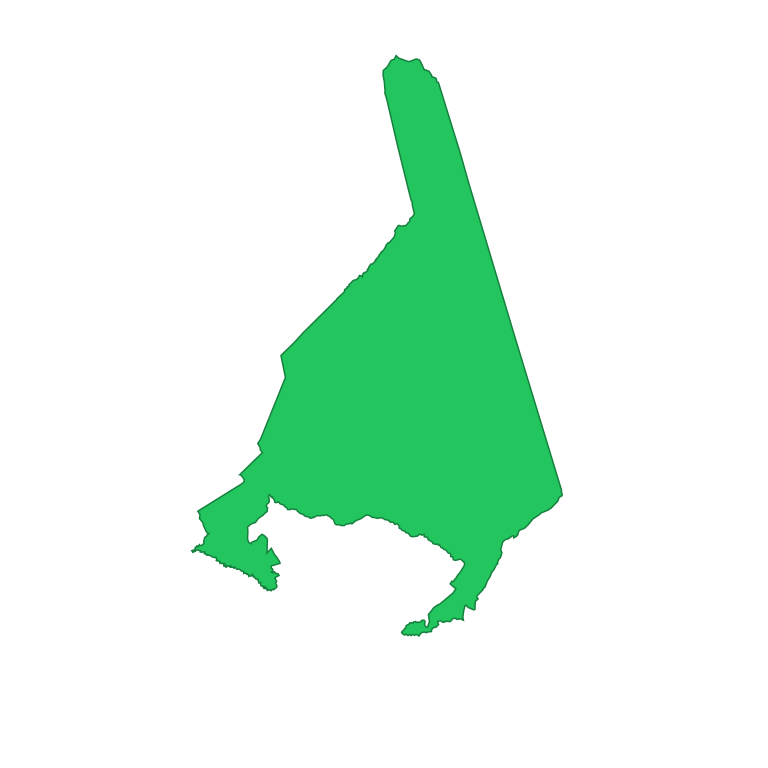 Maicao, La Guajira, Colombia, rotated 315°
{"feature_id": "7082276B98586800286799", "entity_name": "Maicao", "entity_type": "district", "adm_level": 2, "iso_a3": "COL", "parent_name": "Colombia", "parent_adm1": "La Guajira", "projection": "albers", "projection_center": [-72.426, 11.405], "detail": "fine", "context": "isolated", "style": "filled", "palette": "green", "viewbox_px": 768, "rotation_deg": 315, "n_neighbors": 0, "source": "geoboundaries", "source_scale": "gbopen_adm2", "svg_char_len": 6171}
<svg xmlns="http://www.w3.org/2000/svg" viewBox="0 0 768 768"><g transform="rotate(315 384 384)"><path d="M273.1,607.2L275.1,604.4L280.6,600.3L284.6,598.1L285.6,598.4L285.5,601.5L287.8,607.3L288.9,607.7L294.1,602.9L295.4,602.2L297.8,602.6L298.7,602.4L298.7,600.6L300.0,599.6L307.6,599.5L310.7,598.7L311.6,599.1L317.7,596.4L322.7,595.2L327.0,593.4L330.8,592.9L335.2,591.4L337.5,591.4L338.5,590.2L341.4,589.1L343.5,589.1L348.0,586.8L349.4,583.7L356.0,579.8L359.5,579.7L362.3,581.3L367.5,582.2L368.3,583.0L367.0,584.6L369.6,585.3L371.9,585.3L374.6,583.6L376.5,583.3L381.7,585.4L386.0,585.5L394.0,584.7L401.6,586.3L403.5,586.1L410.9,589.2L414.5,589.9L424.3,589.7L427.7,588.0L430.6,588.8L431.7,588.4L433.2,585.7L434.5,584.5L511.4,440.3L585.2,303.3L600.9,275.2L635.6,209.4L635.1,207.3L636.7,205.4L636.8,204.1L635.1,200.5L636.0,199.3L637.0,194.5L635.8,192.7L635.9,191.9L635.2,191.3L634.9,189.5L637.6,182.5L638.2,179.8L636.6,176.9L631.2,174.6L629.2,173.2L624.8,163.9L624.8,160.4L620.6,161.6L618.5,160.4L617.2,160.3L610.5,162.1L605.2,161.8L601.9,164.7L598.0,170.4L592.0,177.5L590.4,178.8L587.6,184.1L561.8,225.6L536.1,268.2L533.1,273.5L532.5,275.4L530.5,277.6L525.7,285.3L521.6,285.9L520.6,285.5L518.6,285.7L518.2,286.6L516.9,287.2L515.4,287.0L512.7,287.5L511.0,287.2L510.3,286.2L508.0,285.0L507.1,282.9L506.2,282.1L499.8,283.3L498.9,285.3L495.0,287.3L487.6,287.8L486.8,287.1L483.9,287.3L480.5,288.6L477.2,289.1L474.9,288.7L474.2,289.3L472.1,289.2L470.6,290.0L466.6,290.2L466.0,290.7L465.4,290.3L464.7,291.0L460.3,290.9L459.6,289.9L456.3,290.5L454.8,291.3L453.3,291.2L453.1,292.0L451.3,292.3L448.1,291.1L446.6,291.3L444.8,292.6L445.0,292.0L444.0,291.4L444.1,291.0L443.3,289.9L441.4,290.7L438.7,290.8L435.6,289.1L434.4,289.0L429.2,289.1L428.4,290.1L426.3,289.3L425.6,290.1L423.0,289.4L421.0,290.8L411.4,290.4L410.0,290.8L363.0,290.6L350.6,291.2L331.3,291.0L318.9,309.7L257.8,335.7L253.0,336.7L252.6,337.0L251.6,341.1L249.9,343.3L249.5,346.5L217.8,346.1L218.3,346.8L218.3,349.1L217.6,352.7L216.6,353.7L214.2,354.3L162.4,342.3L161.5,346.3L158.3,348.8L157.9,354.0L156.2,356.5L153.7,363.4L154.3,366.2L152.6,365.5L150.5,366.2L148.8,365.7L145.2,367.7L144.4,369.2L142.0,369.4L141.0,369.2L139.7,368.2L139.9,367.1L137.5,367.5L137.3,366.2L136.1,366.6L135.3,366.0L133.0,367.4L130.2,365.9L129.8,367.9L132.3,368.8L134.5,368.9L136.1,371.8L135.2,372.7L136.1,374.0L138.4,375.7L138.2,376.5L137.0,376.8L137.8,378.5L137.6,379.7L137.9,380.1L138.9,379.9L138.9,380.9L140.1,383.1L140.0,384.1L141.6,387.2L142.4,387.8L142.0,389.8L140.7,390.1L140.8,390.9L142.2,392.8L141.4,394.6L142.1,394.4L141.9,395.6L144.2,398.2L143.1,398.3L142.0,399.6L142.4,400.1L143.7,400.4L142.7,401.8L143.4,402.1L144.6,401.6L145.5,403.2L147.2,404.1L146.8,404.7L145.8,404.4L145.6,404.8L148.4,407.5L147.7,408.0L149.1,409.0L148.8,410.6L150.8,412.7L151.0,415.7L151.7,416.2L151.9,417.5L151.0,418.8L152.0,418.9L151.9,419.6L153.1,421.3L152.5,421.7L153.4,422.9L152.4,424.4L153.3,424.4L153.7,425.5L154.8,425.9L156.5,425.5L155.3,427.6L156.1,428.3L155.5,428.9L155.9,429.3L155.4,431.0L156.7,432.8L156.2,432.8L156.1,434.3L154.8,436.3L156.4,437.2L154.3,439.4L155.0,441.2L156.2,442.5L156.4,443.8L155.4,442.6L154.8,442.7L154.5,443.4L156.3,446.1L155.9,446.5L156.2,447.0L155.6,447.5L157.5,448.5L157.4,449.1L158.2,449.8L158.1,450.4L160.0,450.2L160.5,451.5L164.7,451.8L165.6,450.8L166.5,448.3L168.8,447.4L169.3,444.4L170.9,444.1L174.4,445.2L174.9,443.1L173.6,441.5L173.7,439.4L173.1,439.0L172.1,439.2L171.4,437.7L171.7,437.3L173.2,437.7L174.4,436.2L174.1,434.3L175.7,433.0L183.6,437.3L184.4,436.2L185.7,430.7L185.9,427.5L188.1,420.5L181.7,420.7L191.4,411.7L192.2,410.2L192.1,406.3L191.4,404.0L187.1,403.6L184.1,404.6L178.4,402.4L177.0,403.0L176.3,400.3L177.9,397.1L183.3,392.2L186.4,388.6L191.4,389.1L195.1,391.0L200.1,390.2L206.4,391.4L207.3,391.1L211.2,391.5L214.1,389.3L214.2,387.7L214.7,386.9L215.9,386.2L218.7,386.4L220.0,385.8L222.3,383.0L222.7,381.8L224.6,381.1L225.0,382.2L224.4,382.9L224.4,384.7L225.2,385.2L224.7,385.6L224.8,386.9L224.0,389.5L223.1,390.5L223.7,391.5L226.2,393.1L225.8,395.1L227.7,399.3L227.1,400.2L227.7,402.5L227.1,404.6L229.2,406.8L230.6,407.0L232.1,409.7L233.2,410.5L233.3,411.5L232.9,412.4L233.2,416.5L234.5,418.3L234.4,419.7L235.0,420.6L234.7,421.9L236.8,424.7L236.8,426.4L238.0,427.7L239.4,427.9L239.8,428.8L243.3,429.5L245.8,432.3L247.7,433.2L248.5,434.5L251.1,435.8L251.1,437.4L252.1,440.1L251.7,441.6L252.5,443.7L250.5,448.4L250.8,450.0L252.4,451.2L253.4,453.4L255.7,456.0L258.3,456.4L260.2,458.1L262.4,458.9L262.2,460.0L262.6,460.3L267.1,460.6L272.2,462.8L278.3,464.0L279.4,464.7L280.7,466.7L281.4,470.2L282.7,471.5L284.4,474.4L285.7,475.1L288.0,477.3L288.9,480.9L290.4,482.5L290.9,486.6L291.8,486.9L292.8,488.5L292.3,490.9L293.6,491.2L294.5,492.8L294.4,495.4L293.1,496.2L292.8,497.0L293.6,497.8L293.3,500.0L294.8,503.2L294.3,504.7L295.7,506.7L295.1,510.4L296.3,512.3L299.8,515.0L303.3,515.5L303.8,517.6L306.0,518.6L304.4,520.6L306.3,523.0L305.2,525.3L306.4,529.9L305.8,531.6L307.5,534.3L309.0,535.3L308.5,536.4L309.4,537.3L308.7,540.1L309.4,541.5L309.4,543.7L310.4,544.7L309.9,549.0L310.7,550.1L311.0,551.8L309.4,552.6L309.2,553.4L310.3,554.8L308.8,557.3L309.8,559.2L314.4,562.0L314.5,567.6L312.0,569.3L304.1,571.1L301.4,571.2L296.9,572.3L295.6,572.1L294.2,572.7L292.9,572.5L292.6,571.4L289.5,572.1L289.9,579.7L284.9,580.6L267.8,579.1L266.2,578.3L261.2,577.4L252.4,578.4L248.1,584.2L242.6,586.8L242.2,586.4L242.0,583.4L245.2,580.9L245.3,579.2L244.1,578.2L243.1,577.8L242.0,578.2L239.7,576.9L239.3,575.8L238.2,575.3L238.2,574.1L236.7,573.2L235.5,573.6L234.7,572.3L233.9,572.2L233.6,571.2L232.5,571.5L228.8,570.6L226.9,571.7L224.8,571.6L223.8,572.1L221.8,571.7L220.7,572.2L221.0,573.0L220.4,573.5L220.9,575.7L221.5,575.8L221.8,576.5L222.6,576.4L223.2,578.9L224.7,579.0L225.2,579.7L225.0,580.9L227.2,581.3L227.8,583.3L229.3,583.7L230.3,585.3L230.5,586.9L233.9,586.3L235.8,586.9L237.4,588.2L237.9,589.7L239.4,590.2L242.5,592.6L243.4,591.5L244.9,591.4L245.6,590.8L249.0,592.8L252.5,592.7L254.0,590.0L254.5,589.9L256.6,591.6L257.0,593.9L258.6,595.3L259.8,595.3L262.7,598.7L264.3,599.0L266.1,598.4L267.2,598.8L269.0,600.5L269.1,602.0L272.1,604.2L273.1,607.2Z" fill="#22c55e" stroke="#15803d" stroke-width="1.5"/></g></svg>